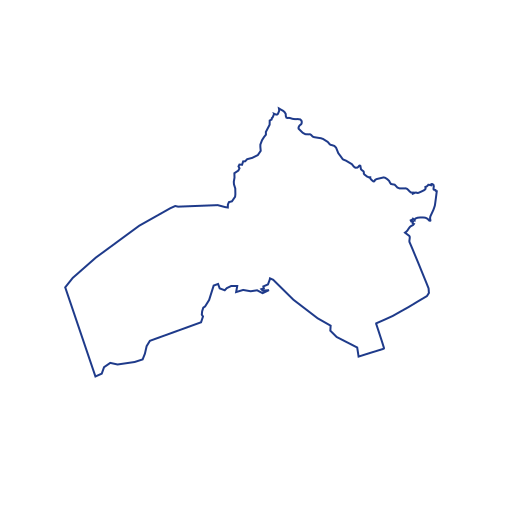 the Region of South Kazakhstan, rotated 250°
{"feature_id": "KAZ-3251", "entity_name": "South Kazakhstan", "entity_type": "Region", "adm_level": 1, "iso_a3": "KAZ", "parent_name": "Kazakhstan", "parent_adm1": "", "projection": "albers", "projection_center": [68.818, 43.271], "detail": "fine", "context": "isolated", "style": "outline", "palette": "blue", "viewbox_px": 512, "rotation_deg": 250, "n_neighbors": 0, "source": "natural_earth", "source_scale": "10m", "svg_char_len": 5583}
<svg xmlns="http://www.w3.org/2000/svg" viewBox="0 0 512 512"><g transform="rotate(250 256 256)"><path d="M383.5,321.6L382.3,322.9L381.7,324.0L382.0,325.1L384.1,327.1L385.2,327.7L386.8,328.0L385.0,329.5L383.3,331.0L382.3,331.6L381.3,332.1L380.3,332.3L379.3,332.5L378.1,332.1L376.8,331.8L376.2,331.9L375.6,331.9L375.2,332.4L374.8,333.0L374.7,333.6L374.5,334.3L374.2,334.8L373.9,335.3L373.2,336.2L372.5,337.1L371.9,338.2L371.3,339.4L370.8,340.7L370.4,342.1L369.8,343.1L369.3,344.2L368.5,344.6L367.7,345.0L367.0,344.9L366.4,344.9L365.8,344.6L365.3,344.4L364.9,344.0L364.4,343.6L364.2,343.0L364.0,342.3L363.8,341.8L363.6,341.4L363.2,340.9L362.8,340.4L362.3,340.1L361.8,339.7L361.4,339.7L361.0,339.6L358.4,340.8L355.9,342.0L354.7,343.0L353.6,344.0L353.0,345.4L352.4,346.9L352.2,347.5L352.0,348.2L351.7,348.6L351.3,348.9L350.9,349.2L350.5,349.4L350.0,349.6L349.5,349.8L349.1,350.0L348.6,350.3L348.3,350.7L347.9,351.1L346.1,354.3L344.4,357.4L343.7,358.2L343.1,359.0L340.9,360.7L338.7,362.4L337.2,363.0L335.7,363.5L335.3,363.9L334.9,364.2L334.5,364.8L334.2,365.3L333.4,366.3L332.6,367.3L331.5,367.8L330.4,368.3L327.4,368.4L324.5,368.5L320.9,369.6L317.3,370.6L316.8,371.0L316.4,371.4L315.6,372.3L314.9,373.1L312.2,375.3L309.5,377.5L308.0,378.0L306.5,378.5L305.8,379.0L305.0,379.5L304.7,380.5L304.4,381.4L304.5,381.8L304.6,382.2L305.0,383.0L305.5,383.8L305.5,384.2L305.5,384.5L305.2,384.7L304.9,384.9L303.3,384.6L301.7,384.3L301.3,384.5L300.9,384.6L299.9,385.2L298.9,385.9L298.5,386.0L298.1,386.0L297.3,385.8L296.5,385.5L296.1,385.6L295.6,385.7L294.2,386.6L292.7,387.5L292.1,388.2L291.4,388.8L291.2,389.6L290.9,390.3L290.4,390.1L289.9,389.9L289.4,390.1L288.9,390.2L287.6,390.8L286.4,391.5L286.2,391.6L286.0,391.8L285.8,392.1L285.7,392.3L285.8,392.6L285.9,392.9L286.1,393.2L286.4,393.6L286.5,393.6L286.7,393.9L286.8,394.0L286.9,394.4L286.9,394.8L287.0,395.4L287.0,396.0L286.6,399.4L286.2,402.8L285.9,403.2L285.7,403.6L285.3,404.1L284.8,404.5L283.9,405.2L283.0,405.8L282.0,406.3L281.0,406.8L279.9,406.9L278.7,407.1L278.2,407.3L277.6,407.4L277.3,407.9L276.9,408.4L276.3,409.5L275.6,410.7L273.8,411.5L271.9,412.3L271.2,413.2L270.4,414.0L269.4,416.8L268.4,419.7L267.9,420.4L267.3,421.0L265.7,421.8L265.2,422.0L264.0,422.5L263.3,423.0L262.5,423.5L262.2,424.4L261.9,425.2L261.7,425.0L261.4,424.9L261.2,424.8L260.9,424.7L260.9,425.1L260.9,425.5L261.0,426.3L261.1,427.1L261.0,427.4L261.0,427.8L260.8,428.2L260.6,428.6L260.3,428.8L260.1,429.0L259.9,429.7L259.8,430.3L260.0,433.3L260.3,436.3L260.5,436.9L260.7,437.6L260.9,437.9L261.1,438.2L261.4,438.3L261.6,438.5L262.3,438.6L263.0,438.8L263.0,439.3L262.9,439.7L263.0,440.2L263.1,440.6L263.3,441.0L263.5,441.5L263.7,441.9L264.0,442.3L263.9,442.5L263.8,442.8L263.2,443.8L262.5,444.9L263.0,445.2L263.6,445.5L263.4,446.0L263.2,446.4L262.6,446.8L262.1,447.1L261.4,447.0L260.6,446.9L259.5,446.3L258.5,445.8L258.2,445.7L257.8,445.7L257.6,445.9L257.3,446.0L257.2,446.3L257.0,446.7L256.8,446.9L256.6,447.2L256.2,447.1L255.8,447.1L255.5,447.4L255.1,447.8L255.0,448.0L248.6,444.7L244.4,442.5L242.2,441.3L240.4,439.9L238.6,438.4L236.2,436.0L233.7,433.5L232.9,433.0L232.1,432.5L231.0,432.3L229.9,432.1L229.8,431.9L229.6,431.8L229.7,431.5L229.8,431.2L230.0,431.0L230.2,430.8L231.2,430.4L232.1,430.0L232.6,429.6L233.0,429.3L233.5,428.8L233.9,428.4L234.2,427.9L234.5,427.4L234.9,426.5L235.3,425.6L235.7,424.4L236.1,423.3L236.4,422.1L236.7,420.9L236.7,419.8L236.7,418.8L236.5,418.4L236.3,418.0L236.1,417.8L236.0,417.6L235.8,417.5L235.6,417.4L235.8,417.3L236.0,417.2L236.7,416.7L237.3,416.3L237.2,416.2L236.9,416.0L236.6,416.0L236.7,415.6L236.8,415.3L236.8,415.2L236.7,414.4L236.6,413.6L236.0,413.7L235.4,413.7L235.0,414.5L234.6,415.3L234.4,414.9L234.1,414.6L233.7,414.5L233.4,414.4L233.1,414.6L232.7,414.8L232.4,415.0L232.1,415.3L231.7,414.7L231.4,414.1L231.2,412.7L231.0,411.4L230.7,410.7L230.4,410.1L229.3,408.5L228.1,406.9L227.9,406.5L227.7,406.1L227.3,405.0L227.0,404.0L226.3,404.4L225.6,404.9L224.0,405.9L222.5,406.9L221.9,407.0L221.4,407.0L220.8,406.8L220.3,406.6L219.1,406.0L218.0,405.4L217.4,405.2L216.8,405.0L209.9,405.4L202.9,405.7L198.6,405.9L191.7,406.2L186.0,406.4L178.1,406.7L172.9,406.9L166.6,407.1L164.4,406.5L163.5,406.2L162.2,405.9L161.0,404.4L159.9,402.9L157.9,392.3L155.8,381.7L154.4,372.9L152.9,364.0L152.2,355.0L151.6,345.9L151.4,345.8L151.1,345.7L150.9,345.7L150.7,345.7L150.3,345.7L150.1,345.7L143.7,345.5L138.0,345.3L132.1,345.1L125.8,344.8L125.5,344.7L125.3,344.5L125.3,344.1L125.2,343.7L125.9,329.8L126.4,318.0L131.4,319.0L135.4,319.8L152.3,304.1L160.4,300.3L165.0,302.3L176.4,292.6L202.1,276.2L227.8,264.0L230.2,261.5L228.8,260.6L225.2,257.5L224.9,252.5L222.9,252.3L223.0,249.7L221.1,250.5L219.5,256.5L218.8,249.5L223.4,245.3L224.7,238.9L228.5,232.3L228.9,225.0L234.2,228.1L236.3,222.5L235.8,217.6L234.5,214.9L238.0,210.8L242.7,210.8L242.7,206.1L230.7,196.9L226.0,190.9L225.5,188.8L222.5,186.5L219.4,185.0L217.3,185.5L212.5,181.7L212.6,127.3L208.7,122.4L202.2,118.2L197.6,114.1L197.9,105.7L201.4,88.8L205.4,82.5L203.5,75.2L198.2,70.8L197.7,63.9L291.8,66.0L298.1,76.3L309.3,105.0L324.4,156.7L330.2,191.8L330.6,197.2L329.0,199.7L316.9,237.4L312.4,243.9L311.2,246.1L314.0,247.2L315.9,249.0L315.6,252.1L318.8,256.6L321.0,257.7L326.5,259.6L330.9,259.8L333.3,260.5L337.0,262.6L341.2,264.0L342.3,268.6L344.1,270.5L346.2,270.2L347.6,271.7L346.5,274.1L349.3,276.3L348.7,278.2L350.0,280.8L349.5,286.0L350.2,292.2L353.2,296.4L357.0,297.4L359.2,298.2L362.8,301.3L365.1,304.3L366.6,306.8L369.2,307.7L374.7,313.7L378.6,315.2L378.9,317.3L380.2,318.1L380.5,319.0L383.3,321.6L383.5,321.6L383.5,321.6Z" fill="none" stroke="#1e3a8a" stroke-width="2"/></g></svg>